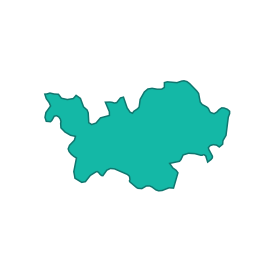 map outline of Asti (Robinson projection), rotated 123°
{"feature_id": "ITA-5440", "entity_name": "Asti", "entity_type": "Province", "adm_level": 1, "iso_a3": "ITA", "parent_name": "Italy", "parent_adm1": "", "projection": "robinson", "projection_center": [8.197, 44.827], "detail": "fine", "context": "isolated", "style": "filled", "palette": "teal", "viewbox_px": 256, "rotation_deg": 123, "n_neighbors": 0, "source": "natural_earth", "source_scale": "10m", "svg_char_len": 1904}
<svg xmlns="http://www.w3.org/2000/svg" viewBox="0 0 256 256"><g transform="rotate(123 128 128)"><path d="M88.8,133.9L84.5,132.6L81.6,129.4L79.6,124.7L77.2,121.0L74.2,119.6L70.1,122.2L67.9,120.2L63.3,111.6L59.4,108.5L57.9,106.7L57.0,103.9L57.2,100.5L59.5,90.5L60.6,87.6L66.9,81.6L67.9,78.6L67.5,73.4L67.8,71.4L69.7,68.3L70.0,67.0L69.1,63.6L66.4,62.2L63.0,61.6L60.1,60.4L58.9,58.3L58.2,54.9L58.6,51.9L60.6,50.6L64.3,49.8L80.8,41.8L86.9,41.5L90.0,39.8L94.2,41.1L94.1,44.4L95.5,47.4L97.9,49.5L100.7,49.9L101.9,48.7L105.7,41.8L107.1,41.0L109.2,41.2L113.2,42.6L109.7,46.9L109.2,47.1L108.9,49.5L109.5,50.4L110.5,51.0L111.2,52.1L113.1,58.0L116.3,63.6L120.6,67.1L125.7,66.4L127.9,66.7L135.0,73.8L137.1,68.7L137.3,64.6L138.4,61.7L153.6,57.1L155.8,61.0L161.8,65.3L164.0,68.1L164.7,70.9L164.4,75.6L164.8,78.3L166.7,81.1L171.3,83.4L173.1,86.7L173.3,88.3L172.2,96.8L172.0,97.4L171.8,97.7L171.5,98.0L171.2,98.1L170.6,98.1L170.4,98.2L170.0,98.4L168.0,100.2L167.6,100.9L167.3,103.3L169.6,117.1L171.6,120.8L174.9,122.8L181.7,123.1L182.3,124.4L182.0,126.4L181.3,128.5L181.3,130.1L182.1,130.9L188.3,133.8L196.2,134.5L198.8,137.2L199.0,145.1L194.1,149.7L181.2,154.9L181.3,157.8L180.9,161.3L179.8,164.6L178.1,166.8L174.3,167.6L167.5,166.3L163.6,167.5L165.4,172.2L165.7,178.6L164.4,184.3L161.0,186.9L159.2,187.7L157.4,189.6L156.4,192.1L156.6,194.7L158.3,196.3L163.0,196.0L164.9,196.4L166.9,200.2L164.3,203.4L159.7,205.3L151.7,204.9L149.6,208.0L147.9,212.5L144.9,216.2L143.7,214.6L141.2,212.5L139.7,208.4L137.6,204.7L139.3,200.1L137.2,194.4L133.1,189.9L128.9,189.3L129.1,184.0L134.5,176.8L135.2,172.1L137.0,169.6L144.9,163.8L144.9,160.4L141.3,157.5L134.5,156.6L127.6,150.4L124.5,152.5L118.7,161.0L116.1,157.3L115.1,155.2L114.5,153.0L112.9,151.3L106.9,150.7L104.6,148.6L111.6,139.7L113.6,134.9L113.2,132.3L110.8,132.2L106.6,130.4L104.3,130.1L97.3,133.4L88.8,133.9Z" fill="#14b8a6" stroke="#0f766e" stroke-width="1.5"/></g></svg>